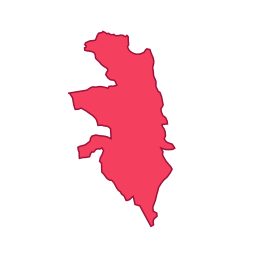 Melaka Tengah, Melaka, Malaysia (Albers equal-area conic projection), rotated 241°
{"feature_id": "92858781B41999482633518", "entity_name": "Melaka Tengah", "entity_type": "district", "adm_level": 2, "iso_a3": "MYS", "parent_name": "Malaysia", "parent_adm1": "Melaka", "projection": "albers", "projection_center": [102.271, 2.246], "detail": "fine", "context": "isolated", "style": "filled", "palette": "rose", "viewbox_px": 256, "rotation_deg": 241, "n_neighbors": 0, "source": "geoboundaries", "source_scale": "gbopen_adm2", "svg_char_len": 2697}
<svg xmlns="http://www.w3.org/2000/svg" viewBox="0 0 256 256"><g transform="rotate(241 128 128)"><path d="M30.9,100.4L30.9,103.4L34.4,104.8L35.8,106.5L36.8,110.7L39.6,111.9L42.9,109.8L46.6,111.2L49.2,114.2L51.6,117.0L55.6,120.6L58.6,123.6L61.2,126.0L63.8,130.7L65.2,134.2L66.1,138.4L68.2,142.9L70.6,146.6L73.6,146.6L77.6,145.7L80.4,145.2L84.7,145.0L87.9,145.2L90.3,147.1L94.1,147.1L94.5,147.1L91.9,149.4L91.0,150.4L89.4,153.0L87.7,156.5L87.7,159.1L89.8,159.1L92.4,158.8L95.9,155.6L98.0,154.6L100.9,154.4L103.0,157.0L106.5,158.6L110.0,159.1L112.8,158.8L114.5,159.5L113.3,162.6L112.4,164.5L115.2,165.6L118.9,165.9L122.0,164.5L125.5,164.9L128.6,165.9L131.1,169.9L139.1,172.5L143.6,173.2L145.5,172.2L150.6,172.5L155.1,175.0L157.4,175.3L161.2,175.7L166.1,177.9L168.9,178.8L171.8,181.6L174.1,183.0L177.2,184.0L181.6,184.4L185.4,185.1L186.0,185.2L187.2,183.8L188.1,182.9L187.7,181.1L186.5,179.0L186.6,175.7L187.4,173.2L188.6,170.9L190.1,169.4L192.3,167.8L193.8,167.2L195.6,166.6L197.7,166.7L199.5,167.0L200.3,168.7L202.0,169.6L204.2,170.5L205.9,171.5L207.8,172.4L209.5,172.0L209.0,170.2L210.2,169.3L211.6,168.4L212.9,166.4L213.4,164.5L214.7,161.9L216.8,161.0L217.1,159.5L218.2,158.0L220.4,156.8L220.6,155.3L222.7,154.2L224.6,152.9L224.0,151.1L224.8,149.7L225.1,148.1L223.7,145.8L222.2,144.0L220.6,142.2L221.5,139.5L222.7,136.7L223.1,132.3L221.9,130.6L220.1,131.2L218.9,130.2L219.2,128.8L217.0,127.9L215.6,129.3L214.3,131.1L212.8,132.9L210.8,134.7L208.3,135.0L206.3,134.1L204.7,133.5L202.6,134.0L199.7,135.0L196.8,135.5L194.3,136.4L192.0,137.7L189.8,138.8L187.8,138.0L187.1,136.2L185.4,134.4L183.5,134.6L181.7,134.7L178.8,135.9L176.4,139.1L174.9,139.4L170.9,139.1L171.6,135.5L172.8,133.5L173.6,131.7L172.5,129.8L174.5,127.8L175.7,126.4L177.0,124.9L178.1,123.1L179.4,119.5L181.1,117.0L181.4,114.9L181.2,112.2L181.1,110.1L187.4,92.6L186.3,93.8L181.1,94.1L174.3,91.7L169.9,90.8L168.5,93.6L168.2,96.4L166.1,98.0L162.8,99.9L159.1,101.6L156.0,103.2L153.0,104.1L150.9,104.4L147.8,103.9L144.8,103.0L143.3,106.3L141.2,108.4L139.8,110.5L138.0,111.7L135.8,112.4L126.9,108.1L130.2,105.6L132.6,103.0L134.4,100.2L137.5,96.4L138.4,92.6L137.2,90.3L134.9,88.4L134.4,85.4L134.0,82.3L134.9,78.6L135.4,76.4L135.4,74.8L133.0,73.9L130.2,73.4L127.2,71.8L125.0,70.8L124.1,74.1L122.7,76.9L121.5,80.4L123.4,82.5L124.6,84.4L123.6,86.5L124.8,89.4L124.6,91.2L123.2,93.3L123.2,95.5L120.1,95.7L117.1,92.2L115.4,89.4L112.6,87.0L109.8,87.7L106.3,85.8L102.0,83.7L99.7,84.4L97.3,84.7L94.3,85.1L91.7,86.3L90.1,88.4L87.2,89.1L83.5,89.1L80.4,89.1L78.1,89.4L75.7,90.5L73.6,90.3L72.0,91.0L70.1,91.7L65.7,91.2L64.9,92.4L64.7,95.0L65.4,97.6L65.7,99.4L57.7,97.1L54.2,100.6L30.9,100.4Z" fill="#f43f5e" stroke="#9f1239" stroke-width="1.5"/></g></svg>